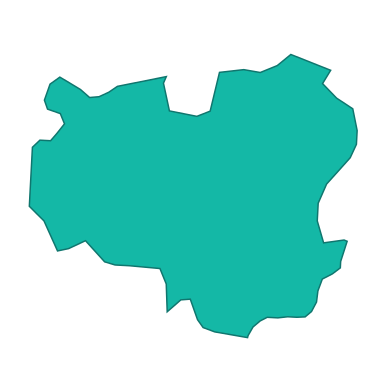 Hongseong-gun, South Chungcheong, South Korea (Equal Earth projection), rotated 3°
{"feature_id": "91817680B43357769940671", "entity_name": "Hongseong-gun", "entity_type": "district", "adm_level": 2, "iso_a3": "KOR", "parent_name": "South Korea", "parent_adm1": "South Chungcheong", "projection": "equal_earth", "projection_center": [126.624, 36.558], "detail": "fine", "context": "isolated", "style": "filled", "palette": "teal", "viewbox_px": 384, "rotation_deg": 3, "n_neighbors": 0, "source": "geoboundaries", "source_scale": "gbopen_adm2", "svg_char_len": 1053}
<svg xmlns="http://www.w3.org/2000/svg" viewBox="0 0 384 384"><g transform="rotate(3 192 192)"><path d="M160.3,78.1L112.0,90.4L103.7,96.7L94.2,101.7L84.8,103.0L75.3,95.5L63.5,89.2L54.0,84.2L44.6,91.7L39.8,108.0L43.4,116.8L56.4,120.6L61.1,130.6L54.0,140.6L48.1,148.2L37.4,148.2L30.3,155.7L30.3,170.8L30.3,190.9L30.3,203.5L30.3,214.8L38.6,222.3L45.7,228.6L60.8,257.9L71.7,255.0L88.2,246.2L108.4,266.3L119.0,268.9L133.2,268.9L164.0,270.1L171.1,285.2L173.5,312.9L186.5,300.3L195.9,299.1L204.2,319.2L210.2,326.8L222.0,330.5L255.1,334.5L255.5,332.5L260.0,323.6L266.8,317.2L273.7,313.2L284.3,313.2L294.1,311.6L303.2,311.6L311.5,310.8L317.6,305.1L322.1,295.4L322.9,284.2L326.7,272.1L336.5,266.4L344.1,260.0L344.1,253.6L349.5,233.1L346.4,232.0L326.1,235.9L318.6,214.3L318.6,196.6L326.0,177.0L337.1,163.3L348.2,149.5L353.7,135.8L353.7,122.0L348.2,100.5L331.5,90.7L316.7,76.9L324.1,63.2L283.5,49.5L270.5,61.3L253.9,69.1L237.3,67.1L213.2,71.1L205.9,110.3L192.9,116.2L165.2,112.2L157.8,84.8L160.3,78.1Z" fill="#14b8a6" stroke="#0f766e" stroke-width="1.5"/></g></svg>